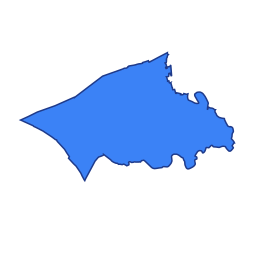 the district of Murighiol, Tulcea, Romania, rotated 71°
{"feature_id": "2599482B84020842271263", "entity_name": "Murighiol", "entity_type": "district", "adm_level": 2, "iso_a3": "ROU", "parent_name": "Romania", "parent_adm1": "Tulcea", "projection": "orthographic", "projection_center": [29.149, 44.927], "detail": "fine", "context": "isolated", "style": "filled", "palette": "blue", "viewbox_px": 256, "rotation_deg": 71, "n_neighbors": 0, "source": "geoboundaries", "source_scale": "gbopen_adm2", "svg_char_len": 5454}
<svg xmlns="http://www.w3.org/2000/svg" viewBox="0 0 256 256"><g transform="rotate(71 128 128)"><path d="M139.2,39.4L139.0,40.0L138.5,40.4L137.6,40.9L136.5,42.2L136.2,43.1L135.7,43.8L135.5,44.1L134.4,45.1L136.7,47.0L135.0,46.3L132.1,44.9L130.9,44.1L130.5,44.0L129.7,44.0L126.0,44.4L123.6,44.8L122.8,45.0L120.6,45.7L119.9,46.0L118.8,46.7L118.4,47.1L117.6,48.0L117.2,49.0L117.0,49.8L116.9,50.1L116.9,50.4L116.8,51.0L116.8,51.4L117.0,51.8L117.4,53.3L117.6,53.7L118.2,54.1L118.9,54.3L119.9,54.3L123.5,53.6L123.8,53.6L126.1,53.0L126.9,52.9L127.5,53.1L127.6,53.3L127.5,54.0L127.0,55.4L126.7,55.9L126.0,56.9L123.9,58.8L121.5,61.5L121.1,61.8L120.3,61.9L119.9,61.9L119.0,61.8L117.7,61.5L116.4,60.9L115.2,60.2L115.1,61.9L114.0,63.6L113.9,63.5L113.7,63.9L113.6,64.0L113.8,64.2L114.1,64.4L114.1,64.7L114.2,64.8L114.3,65.0L114.3,65.6L114.2,66.0L113.8,67.1L113.6,67.5L112.8,66.9L110.5,70.6L111.0,70.9L110.9,71.4L110.7,71.6L106.7,71.4L106.5,73.1L106.0,73.1L105.9,73.2L104.6,73.0L104.1,72.9L103.9,73.1L99.6,72.8L99.2,72.9L99.0,72.7L99.1,73.5L98.9,74.0L98.7,74.2L98.4,74.2L97.3,74.1L97.0,73.9L96.8,74.0L96.7,74.1L96.6,74.5L96.6,75.2L96.4,75.1L92.4,74.9L92.1,75.0L92.4,73.4L92.4,73.0L92.3,72.7L92.0,72.5L91.6,72.4L91.4,72.3L91.3,72.2L91.1,72.1L90.9,72.0L90.6,72.0L89.9,71.8L89.8,71.7L89.7,71.5L89.9,70.3L90.2,70.2L91.4,70.4L92.1,70.2L92.6,70.2L92.7,69.8L92.6,69.7L82.9,67.2L82.7,67.3L82.7,67.6L82.8,67.7L83.3,68.0L83.4,68.4L83.4,68.9L83.3,69.3L83.4,69.5L83.1,70.5L83.3,71.3L83.6,71.4L84.2,71.6L84.2,72.6L83.2,72.8L83.0,72.4L82.7,72.1L82.2,71.8L82.2,71.7L81.7,71.4L80.9,71.2L80.3,71.4L80.0,71.4L79.4,71.7L79.2,71.7L79.2,71.4L78.5,71.5L78.7,70.8L78.6,70.6L78.1,70.3L77.4,69.9L76.7,69.8L76.5,69.6L76.2,69.3L75.7,69.4L75.4,69.3L74.5,68.6L73.7,67.8L73.0,67.5L72.4,67.0L71.9,66.5L71.7,65.9L71.1,66.3L70.6,66.6L70.2,66.6L69.6,66.3L71.1,76.5L71.8,80.8L72.2,83.5L72.5,85.1L72.4,85.2L72.5,85.5L72.6,86.4L72.6,86.6L72.4,86.8L71.8,86.8L71.0,86.8L71.0,87.0L71.0,89.6L70.9,91.9L70.9,92.6L70.9,92.9L71.1,93.0L71.5,93.2L71.3,95.1L70.9,96.8L70.7,98.6L70.7,100.3L70.5,102.0L69.8,106.1L69.7,107.3L69.8,107.5L70.0,107.5L70.3,108.1L70.3,108.3L70.2,108.5L70.5,108.8L70.7,109.2L70.8,109.6L70.8,110.3L70.3,112.0L70.5,113.8L70.7,135.1L76.0,151.3L78.3,158.2L81.8,168.8L81.4,168.8L83.2,189.7L83.4,208.6L84.7,218.6L85.5,227.0L95.0,216.9L95.8,216.6L97.5,214.8L103.6,209.0L104.5,208.4L111.1,203.3L113.4,201.7L115.4,200.4L116.0,199.4L117.5,199.3L121.6,197.5L127.5,194.9L131.6,194.0L136.1,192.8L137.2,194.1L144.1,191.1L146.8,189.7L147.1,189.5L155.3,187.3L158.3,187.0L162.8,186.3L163.7,186.0L162.8,185.2L161.8,184.2L152.2,173.8L149.4,170.8L148.7,170.1L146.3,166.1L146.0,165.4L145.9,165.2L145.9,162.7L145.8,160.8L145.7,160.1L145.6,159.9L145.4,159.8L145.0,159.7L145.4,159.4L146.9,158.4L152.5,154.7L154.0,154.1L154.5,153.7L155.3,153.1L156.2,152.2L156.9,151.4L157.4,150.8L157.8,149.8L158.1,149.4L158.5,149.2L159.2,148.8L159.3,148.6L159.7,147.2L160.2,146.5L160.7,145.5L160.8,145.1L160.7,144.5L160.7,144.1L160.8,143.7L162.0,142.5L163.3,141.5L163.3,141.2L163.2,140.0L163.2,139.4L162.9,139.0L161.9,138.7L161.6,138.6L160.8,138.7L160.6,138.5L160.4,138.1L160.4,137.6L160.5,137.2L160.8,136.8L161.5,136.1L161.7,135.9L161.8,135.5L162.0,134.9L162.1,134.1L162.2,132.6L162.7,131.9L163.3,130.0L163.6,129.1L163.7,128.8L163.7,128.2L163.9,128.0L164.2,127.6L164.2,127.4L164.1,127.0L163.3,125.9L163.3,125.5L163.5,124.7L163.5,124.2L163.5,123.8L163.8,123.4L164.7,122.8L172.7,118.7L173.3,118.3L173.8,117.9L174.4,117.2L175.0,116.2L175.3,115.0L176.0,111.1L176.3,109.8L176.5,108.7L176.1,108.0L176.1,106.8L176.5,105.9L176.9,105.0L177.5,103.6L177.5,102.5L177.2,101.7L176.6,100.6L175.4,98.8L174.3,97.8L173.6,97.3L172.6,96.9L171.4,96.7L170.9,96.5L169.7,96.3L169.1,96.1L168.7,95.8L168.3,95.3L168.1,94.9L167.9,94.4L167.7,93.4L167.8,92.8L168.1,92.0L168.6,90.6L169.2,89.8L170.4,88.7L172.2,87.5L172.8,87.2L173.5,86.6L173.6,86.3L174.4,85.7L175.8,85.7L176.5,85.7L177.4,85.4L178.4,85.4L178.9,85.5L180.9,86.0L182.2,86.1L184.5,85.9L185.4,85.5L185.7,85.3L186.0,85.0L186.3,84.3L186.4,83.4L186.3,82.2L186.1,80.6L185.9,79.5L185.5,78.2L185.0,77.3L184.6,76.7L184.2,76.3L183.5,76.0L182.8,75.9L181.3,75.7L180.5,75.5L180.0,75.2L179.8,74.8L179.7,74.4L179.7,73.7L179.7,73.1L179.4,72.9L179.1,72.7L178.7,72.6L177.9,72.5L177.5,72.7L177.2,73.0L176.6,73.7L176.1,73.6L175.6,73.2L173.1,70.1L172.7,69.1L172.6,68.6L172.6,68.2L172.7,67.6L173.3,66.4L173.6,66.0L174.0,65.8L174.5,65.7L175.1,65.7L175.7,65.6L175.9,65.4L176.0,65.1L175.8,64.2L175.4,63.5L174.8,62.7L173.8,61.9L172.1,60.6L172.0,60.2L172.1,59.8L173.0,58.0L172.9,57.7L171.7,55.2L171.6,54.8L171.7,54.4L171.8,54.2L172.2,53.8L172.9,53.7L173.5,53.4L173.8,52.9L174.6,51.0L175.9,48.5L176.1,47.9L176.0,45.6L176.1,44.5L176.3,43.8L176.6,43.2L177.3,42.0L177.6,41.9L178.8,41.7L179.4,41.6L181.5,40.7L182.3,40.3L182.6,40.1L183.1,39.2L183.1,38.5L182.8,37.6L181.6,35.6L181.1,34.9L180.9,34.8L180.5,34.9L179.1,35.3L178.7,35.3L178.5,35.1L178.1,34.6L177.3,33.6L176.6,32.8L176.8,32.2L175.6,32.3L174.0,32.8L172.0,33.7L171.8,33.7L171.1,33.3L170.7,33.0L169.8,32.4L168.5,31.9L167.4,31.3L166.8,30.8L166.4,30.2L165.6,29.5L164.5,29.2L162.7,29.0L162.1,29.0L161.3,29.3L160.6,29.9L160.1,30.7L160.2,30.8L160.0,31.3L159.6,32.0L159.0,32.6L158.7,32.9L158.2,33.1L156.6,33.3L155.3,33.6L152.4,33.9L151.8,34.0L150.5,33.8L150.3,33.9L149.3,36.0L148.4,37.3L147.7,38.3L146.9,38.9L146.0,39.5L145.0,40.0L144.8,40.0L144.0,40.0L143.1,40.1L141.4,40.5L141.2,40.5L140.1,40.2L139.7,40.0L139.2,39.4Z" fill="#3b82f6" stroke="#1e3a8a" stroke-width="1.5"/></g></svg>